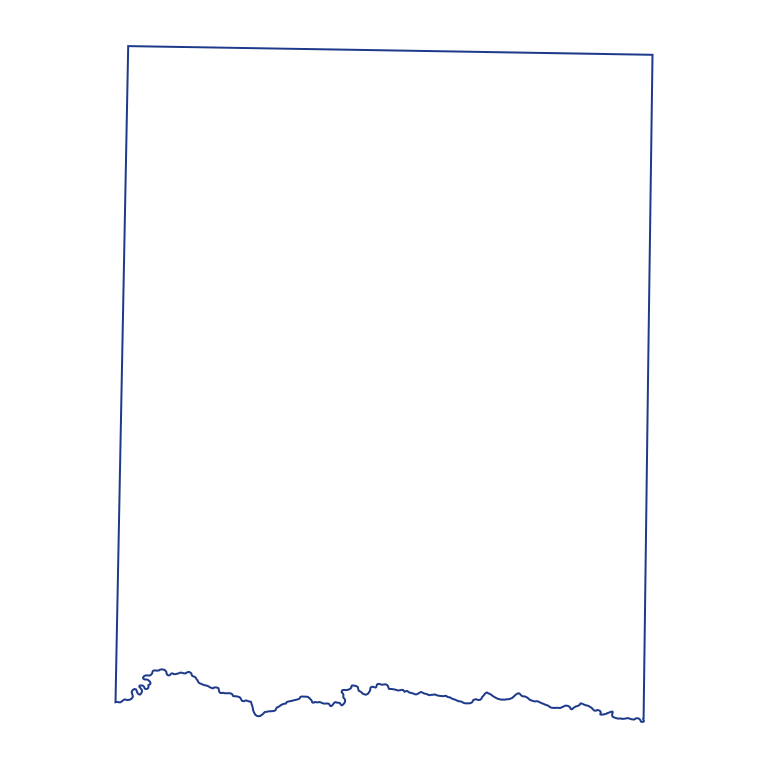 Lihuel Calel, La Pampa, Argentina
{"feature_id": "61730980B18005946349792", "entity_name": "Lihuel Calel", "entity_type": "district", "adm_level": 2, "iso_a3": "ARG", "parent_name": "Argentina", "parent_adm1": "La Pampa", "projection": "natural_earth1", "projection_center": [-65.125, -38.278], "detail": "fine", "context": "isolated", "style": "outline", "palette": "blue", "viewbox_px": 768, "rotation_deg": 0, "n_neighbors": 0, "source": "geoboundaries", "source_scale": "gbopen_adm2", "svg_char_len": 6125}
<svg xmlns="http://www.w3.org/2000/svg" viewBox="0 0 768 768"><path d="M648.2,366.0L652.5,54.8L128.2,46.1L115.5,702.2L116.4,701.9L120.0,702.4L121.4,701.7L123.4,700.1L124.4,699.5L125.5,699.5L127.2,700.1L129.9,699.7L132.1,698.2L132.9,696.4L132.2,693.8L131.7,692.5L132.2,690.7L133.3,689.6L134.6,689.0L136.1,689.5L137.4,692.8L138.5,694.2L139.9,694.6L141.0,693.7L142.0,691.6L141.8,689.8L140.8,688.6L139.9,687.3L139.3,686.8L139.4,686.1L139.7,685.6L140.8,685.4L141.8,685.5L143.0,685.8L143.9,686.6L144.4,687.6L144.6,688.4L145.4,688.9L146.7,689.0L148.0,688.3L148.5,686.9L148.4,685.9L148.4,685.2L149.3,684.7L150.1,684.2L150.5,683.3L150.3,682.4L149.9,681.7L149.0,680.7L147.8,679.8L146.4,679.5L144.6,679.4L143.3,678.7L143.1,677.5L143.9,676.3L145.4,675.5L146.8,675.3L147.9,675.5L149.4,675.6L150.9,674.9L151.8,673.9L152.2,673.2L152.4,672.2L152.9,671.0L153.6,670.6L154.6,670.4L157.3,670.7L159.0,670.4L159.5,669.9L160.6,669.5L162.5,669.4L164.9,670.1L166.3,671.8L166.7,673.9L167.5,675.0L168.5,675.4L169.5,675.3L170.5,674.4L171.4,673.5L172.6,673.4L173.7,674.1L175.7,674.1L178.7,673.3L180.0,672.7L180.9,672.6L182.4,672.9L183.9,673.4L185.3,673.4L187.5,672.2L188.3,671.9L189.8,672.2L191.3,673.4L191.7,674.7L192.0,675.6L192.6,676.1L193.7,676.5L194.6,676.8L195.4,677.4L196.1,678.4L196.7,679.5L197.4,680.1L197.7,680.7L198.4,682.2L199.3,683.1L202.4,684.4L204.8,685.3L206.8,685.6L208.6,686.4L210.1,687.4L212.6,688.3L213.2,688.3L213.9,687.6L214.9,687.4L216.0,687.4L217.9,687.9L218.4,688.2L218.6,688.6L218.7,689.6L219.1,690.7L219.2,691.6L219.8,692.6L220.7,693.0L221.8,693.0L223.1,692.8L224.5,693.2L227.2,693.3L229.1,693.1L231.0,693.5L232.4,694.4L232.7,695.3L233.2,696.1L236.1,696.3L237.8,696.6L239.6,697.2L240.6,698.3L240.9,699.0L241.5,700.0L242.3,701.0L243.1,701.1L244.4,701.1L244.8,700.9L245.6,700.5L246.4,700.5L249.2,701.5L250.8,701.7L251.2,702.5L251.6,704.2L252.3,706.0L252.9,708.7L253.2,710.5L254.1,712.6L255.4,714.8L256.9,715.9L258.3,716.2L260.1,716.0L261.2,715.3L262.4,714.4L263.0,714.0L264.4,712.4L265.2,711.9L266.6,711.8L269.1,711.3L271.9,711.2L273.5,711.0L274.3,710.7L274.8,710.6L275.2,710.4L275.6,710.0L275.8,709.5L276.1,708.8L276.3,708.3L276.8,707.8L277.2,707.3L277.6,707.1L277.9,707.1L278.7,706.7L279.3,706.3L281.3,704.9L282.1,704.6L283.1,704.0L286.0,703.5L286.2,703.1L286.2,702.9L286.9,702.0L288.1,701.6L292.8,700.6L297.5,699.4L298.8,699.0L299.7,698.3L300.3,697.1L301.5,696.5L306.8,696.7L308.1,697.0L308.3,697.3L309.0,697.8L309.3,698.3L309.8,698.5L310.4,699.1L310.9,699.6L311.9,701.1L312.1,702.1L312.6,702.6L314.0,702.6L314.9,702.0L315.7,702.1L317.3,702.4L318.3,702.3L319.3,702.0L320.6,702.3L322.0,703.0L323.2,703.4L324.2,703.6L327.6,703.5L328.4,703.6L329.2,704.1L329.9,705.5L330.4,706.0L331.1,706.1L332.1,705.5L332.5,705.0L333.6,703.6L334.8,702.3L336.0,702.2L336.8,702.6L337.6,702.7L339.1,702.8L339.9,703.2L340.2,703.4L340.6,704.4L341.1,704.9L341.5,705.2L341.9,705.3L342.3,705.2L343.0,704.6L344.2,703.3L344.6,702.6L344.9,701.9L345.1,700.9L345.1,700.0L344.7,699.0L343.8,698.1L343.3,697.2L343.4,695.4L343.3,694.3L342.4,692.9L341.7,692.3L341.7,692.0L341.8,691.0L342.1,690.5L342.5,690.2L344.0,689.9L346.2,690.1L347.3,689.9L348.5,689.6L349.6,689.1L350.3,688.7L350.8,688.2L351.4,687.4L351.3,686.6L351.8,685.7L352.9,685.4L356.4,686.1L357.8,687.1L358.6,690.5L359.6,691.3L360.6,691.6L361.3,692.2L362.2,693.2L363.1,693.8L364.9,694.5L366.1,694.7L368.1,693.6L370.0,690.7L370.3,689.6L370.3,688.2L370.7,687.5L371.6,686.9L373.3,686.9L374.7,687.4L375.6,687.5L376.1,687.2L376.6,686.0L376.9,684.7L377.9,684.0L379.3,683.9L381.6,684.7L382.7,684.7L384.4,684.4L385.9,684.4L387.1,685.0L387.9,686.0L388.4,687.3L388.7,688.4L389.0,688.9L391.5,689.0L394.8,689.5L398.0,690.5L400.5,690.2L401.4,689.9L402.2,689.9L403.4,690.2L403.9,690.9L404.5,691.7L406.6,691.0L407.5,691.1L408.8,692.2L410.4,692.8L412.6,693.3L415.1,694.3L416.3,694.4L417.8,693.8L419.2,692.9L420.7,692.1L421.5,692.1L424.2,693.5L427.2,694.2L428.5,695.0L429.7,695.2L430.8,694.9L432.2,694.7L433.3,694.8L434.8,694.4L437.1,695.4L439.7,695.9L442.3,696.1L444.0,696.1L445.6,695.8L446.5,696.1L447.4,696.9L450.2,697.5L451.3,698.2L452.5,698.9L454.7,699.5L458.7,701.3L460.7,701.4L461.4,701.7L462.2,702.0L462.7,702.4L463.6,702.9L464.4,703.1L465.4,703.3L466.9,703.3L467.9,703.3L469.7,703.3L470.5,703.1L471.2,702.8L472.1,702.2L472.5,701.7L473.3,700.1L473.9,699.8L475.1,699.4L476.0,699.2L477.1,699.6L477.6,699.8L478.4,700.0L479.1,700.0L480.5,699.6L481.4,698.8L481.7,697.8L482.5,696.6L483.2,696.0L484.2,694.8L484.8,693.8L485.6,693.3L486.0,692.9L487.0,692.5L488.5,693.4L490.6,694.3L492.1,695.5L493.5,696.5L496.9,698.4L499.2,699.2L501.8,699.7L502.5,699.5L504.0,699.7L504.9,699.6L505.6,699.4L506.4,699.4L508.5,699.2L509.7,699.0L510.6,698.6L512.6,697.7L512.9,697.2L513.7,696.7L515.3,695.0L516.7,694.0L518.2,693.3L519.4,693.5L520.3,694.4L521.3,695.5L522.6,696.3L524.8,696.4L526.4,697.1L528.3,698.4L529.6,699.7L532.7,700.9L533.7,701.2L534.7,701.4L536.8,701.2L538.2,701.5L540.2,702.5L542.4,703.5L543.4,703.8L544.6,704.4L548.4,705.8L550.1,707.2L551.1,707.6L552.5,707.8L553.0,707.8L553.5,708.0L555.0,707.9L555.7,707.8L557.6,707.8L558.3,707.9L560.2,708.0L560.9,707.8L562.1,707.1L562.5,707.0L565.3,705.7L566.4,705.6L568.2,706.0L569.0,706.5L570.2,707.5L570.7,708.9L571.5,709.3L572.4,709.0L573.5,707.9L574.6,707.1L575.9,706.4L577.0,706.2L578.3,705.7L579.6,704.9L580.4,703.6L581.1,703.3L585.5,705.2L587.6,705.6L589.1,706.3L589.7,706.7L591.0,707.5L591.4,707.6L592.8,709.2L594.3,710.6L594.9,710.7L596.3,710.6L597.2,710.0L598.3,710.2L599.4,710.6L600.3,711.2L600.5,711.7L600.8,712.6L600.4,713.5L600.3,714.1L600.5,714.5L601.5,714.7L604.4,714.3L606.0,713.8L606.7,713.7L607.5,713.0L608.9,712.7L610.6,711.9L611.6,711.7L612.4,711.6L612.7,712.1L612.7,712.8L612.1,714.1L612.2,715.4L612.5,716.5L613.4,717.1L616.2,718.2L618.5,718.6L619.9,718.6L620.7,718.4L621.4,718.6L622.1,718.9L624.5,718.7L627.9,718.1L632.1,719.4L634.2,719.5L635.1,719.0L636.0,718.3L637.4,718.2L638.5,718.5L639.5,719.1L640.0,719.7L640.5,720.3L640.7,721.1L641.0,721.6L641.6,721.9L643.0,721.9L643.4,721.6L643.8,721.4L643.8,720.9L643.8,720.6L643.6,720.0L643.3,719.4L643.2,718.9L643.2,718.4L643.4,718.0L643.6,718.0L648.2,366.0Z" fill="none" stroke="#1e3a8a" stroke-width="2"/></svg>